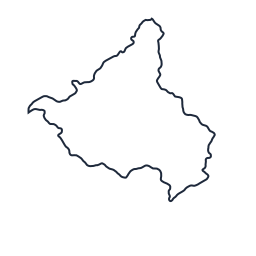 the district of Constanza, La Vega, Dominican Republic, rotated 330°
{"feature_id": "3306468B51834332245466", "entity_name": "Constanza", "entity_type": "district", "adm_level": 2, "iso_a3": "DOM", "parent_name": "Dominican Republic", "parent_adm1": "La Vega", "projection": "orthographic", "projection_center": [-70.661, 18.86], "detail": "fine", "context": "isolated", "style": "outline", "palette": "slate", "viewbox_px": 256, "rotation_deg": 330, "n_neighbors": 0, "source": "geoboundaries", "source_scale": "gbopen_adm2", "svg_char_len": 5794}
<svg xmlns="http://www.w3.org/2000/svg" viewBox="0 0 256 256"><g transform="rotate(330 128 128)"><path d="M133.0,211.5L134.3,211.4L135.2,211.2L137.1,210.5L138.1,210.3L139.5,210.2L143.6,210.2L145.0,210.1L146.0,209.9L147.6,209.2L148.3,209.1L149.3,208.9L151.1,208.9L152.9,209.0L153.9,209.3L154.7,209.8L156.2,211.0L156.8,211.3L158.2,211.6L160.1,211.8L162.8,211.7L168.8,211.7L170.1,211.7L170.8,211.6L171.3,211.4L172.8,210.6L173.4,210.1L173.6,209.8L173.7,209.3L173.7,208.7L173.6,208.1L173.4,207.6L172.8,206.3L172.2,204.2L171.5,202.8L171.4,202.3L171.4,202.0L171.6,201.5L172.1,201.3L172.6,201.2L174.0,201.1L174.6,201.0L175.1,200.7L175.6,200.4L176.2,199.8L176.9,198.4L178.6,196.1L179.4,194.5L179.7,194.1L180.2,193.8L180.8,193.6L181.3,193.6L181.9,193.7L183.1,194.4L183.9,194.6L184.8,194.5L185.3,194.3L185.8,193.7L186.2,192.8L186.4,192.3L186.3,191.5L185.9,190.6L185.7,190.0L185.7,189.1L185.9,188.2L186.1,187.6L186.9,186.3L187.2,185.9L187.5,185.7L188.4,184.3L189.0,183.6L189.4,183.2L192.3,181.7L193.4,181.3L193.9,180.9L196.0,179.3L197.6,178.6L199.3,177.6L199.7,177.3L199.8,177.0L200.0,176.2L199.9,175.3L199.7,174.8L198.6,172.9L197.8,172.0L197.6,171.5L197.4,170.2L197.4,167.2L197.3,166.5L197.1,165.9L196.6,165.0L194.5,162.8L193.9,161.9L193.6,161.0L193.2,158.7L193.5,156.8L193.5,154.5L193.4,153.3L193.2,152.6L192.7,151.8L192.1,151.1L189.4,148.5L188.4,147.7L186.7,146.9L185.4,145.8L184.6,144.8L184.4,144.2L184.2,142.9L184.2,142.0L184.5,140.7L185.2,139.2L185.7,137.1L186.0,136.5L186.6,135.3L187.1,134.2L188.0,132.7L189.1,130.3L189.3,129.5L189.2,128.9L188.7,128.0L187.8,127.0L186.5,125.9L185.1,124.8L184.7,124.4L184.5,124.2L184.4,123.6L184.2,121.1L183.9,120.2L183.6,119.8L182.2,119.2L181.8,118.9L180.7,117.1L180.5,116.5L180.1,114.7L179.7,113.8L178.6,112.6L177.0,111.4L176.6,111.0L176.4,110.1L176.3,109.1L176.3,103.9L176.3,102.9L176.5,101.9L176.8,101.4L176.9,101.2L178.8,100.1L180.7,99.3L182.1,98.5L182.5,98.1L182.8,97.6L182.9,97.0L183.0,94.0L183.2,93.4L183.7,92.7L184.1,92.3L184.7,92.0L186.4,91.7L187.3,91.3L188.3,90.5L189.1,89.5L190.4,86.8L190.6,86.2L191.0,83.4L191.1,82.8L191.9,81.0L192.2,78.5L192.4,77.6L192.9,76.7L194.3,75.0L195.7,72.3L197.0,69.4L197.4,68.1L197.6,67.6L198.0,67.2L198.5,67.0L200.5,66.8L201.4,66.5L204.1,65.4L205.7,64.4L206.1,64.0L206.2,63.5L206.2,63.0L205.5,61.3L205.4,60.1L205.5,59.2L206.3,57.4L206.4,56.8L206.4,55.8L206.1,54.9L204.3,51.3L204.1,50.7L203.9,49.7L203.7,46.6L203.6,46.0L203.2,45.2L202.2,45.6L201.6,45.6L201.1,45.4L198.7,44.3L197.3,43.2L195.0,43.2L193.8,43.4L191.9,44.2L190.2,44.6L189.6,44.8L188.7,45.5L187.9,46.5L187.5,46.8L185.6,47.4L182.7,48.8L181.5,49.9L180.1,51.7L179.9,51.8L179.4,52.0L178.9,51.9L177.8,51.4L177.3,51.2L176.7,51.2L176.2,51.4L175.7,51.7L175.3,52.4L175.2,53.0L175.4,53.8L176.0,55.0L176.1,55.5L176.0,56.1L175.8,56.6L175.4,57.1L174.6,57.5L173.3,57.6L168.5,57.5L166.5,57.7L165.9,57.9L165.4,58.2L163.4,59.7L162.8,60.0L162.2,60.0L161.4,59.9L161.0,59.7L160.7,59.2L160.4,58.2L160.0,57.9L159.5,57.8L158.8,58.0L155.5,59.6L154.7,59.8L153.8,59.7L152.3,59.0L150.9,58.8L142.4,58.6L140.3,58.8L139.7,59.0L139.1,59.3L136.8,61.0L134.2,62.3L133.2,62.5L130.5,62.6L129.5,62.7L128.9,62.9L126.5,64.1L125.5,64.9L124.6,65.8L124.1,66.6L123.6,67.7L123.1,68.3L122.4,68.8L121.4,69.1L119.7,69.2L118.0,69.0L117.1,68.7L115.8,68.0L113.2,66.7L112.2,66.5L109.6,66.4L108.7,66.1L108.5,65.9L108.2,65.4L107.8,62.9L107.5,62.1L107.1,61.6L106.6,61.3L105.6,60.7L104.4,59.9L103.9,59.7L103.3,59.7L102.9,60.0L102.5,60.7L102.0,62.1L102.0,62.6L102.5,63.8L102.7,64.8L102.9,67.2L102.9,68.2L102.8,69.1L102.6,69.7L102.2,70.2L100.6,71.1L99.8,71.5L98.4,71.6L94.8,71.6L93.4,71.6L92.4,71.9L90.9,72.6L89.9,72.8L88.5,72.8L87.5,72.7L85.3,71.7L82.2,71.3L81.6,71.0L81.1,70.7L80.1,69.8L79.5,69.0L77.6,65.0L77.2,64.4L74.8,61.6L73.8,60.1L73.2,59.6L71.7,58.7L71.2,58.5L70.6,58.3L68.8,58.2L60.7,58.1L59.3,58.2L58.3,58.4L56.7,59.1L54.3,59.7L52.2,60.9L51.6,61.5L50.4,63.4L49.6,64.9L51.6,64.7L54.4,64.6L55.8,64.7L56.7,65.0L57.3,65.3L57.9,65.7L60.4,68.0L60.9,68.4L62.0,68.9L62.8,69.4L63.7,70.3L64.1,71.1L64.2,71.4L64.1,71.9L63.4,73.2L63.1,73.6L62.0,74.3L61.6,74.7L61.2,75.1L61.0,75.7L60.8,76.7L60.7,77.7L60.8,79.1L60.9,80.1L61.8,82.3L62.1,84.3L62.4,85.2L62.5,85.4L62.9,85.8L65.4,87.3L65.8,87.7L66.7,89.1L67.0,89.9L67.2,90.6L67.4,92.2L67.7,93.1L68.0,93.5L68.9,94.1L69.5,94.7L69.9,95.2L70.0,95.8L69.9,96.4L69.7,96.9L68.7,98.3L68.3,98.6L67.4,98.9L64.9,99.0L64.4,99.1L63.9,99.4L63.7,99.9L63.7,100.1L63.8,100.6L64.4,102.1L64.6,103.4L64.7,105.6L64.7,110.6L64.8,112.4L65.0,113.4L65.7,114.9L66.0,116.3L66.0,117.3L65.8,118.3L64.9,120.2L64.8,120.8L64.7,121.7L64.9,122.6L65.4,123.3L65.9,123.7L67.7,124.6L69.6,125.8L69.9,126.2L70.9,127.9L72.3,130.8L72.5,131.8L72.8,134.2L73.6,136.4L74.0,139.5L74.3,140.1L74.8,140.9L75.5,141.6L76.3,142.2L79.2,143.6L81.6,144.2L82.9,144.9L83.5,145.0L84.5,145.2L86.8,145.3L87.4,145.4L88.0,145.7L88.3,146.1L89.3,147.8L89.5,148.3L89.9,150.4L91.2,153.1L91.7,154.0L93.7,156.0L94.3,156.7L94.7,157.3L95.9,160.0L96.4,162.1L97.2,163.9L97.6,165.7L97.9,166.6L98.4,167.4L99.1,168.2L100.0,169.0L100.7,169.6L101.5,169.9L102.0,169.8L104.0,168.9L105.5,168.0L108.1,166.8L109.0,166.6L110.3,166.5L111.9,166.5L112.9,166.7L114.7,167.6L116.8,168.1L118.4,168.8L119.3,169.1L120.6,169.2L123.7,169.2L124.7,169.4L125.3,169.7L125.8,170.0L127.0,171.2L127.5,172.0L128.3,173.6L129.4,175.5L132.4,177.4L132.8,177.7L133.9,179.4L134.2,180.2L134.4,181.5L134.3,182.5L134.1,183.7L132.7,186.3L131.1,188.3L130.8,188.8L130.6,189.4L130.6,190.0L130.8,190.8L131.9,192.9L134.1,195.8L135.3,198.1L135.4,198.7L135.4,199.3L135.2,200.1L134.1,201.7L133.7,202.0L132.3,202.5L131.7,203.0L130.9,204.5L130.6,205.0L130.5,205.6L130.3,207.4L130.0,208.2L129.7,208.6L128.6,209.3L128.1,209.9L127.8,210.5L127.7,211.3L127.8,211.9L128.1,212.4L128.6,212.7L129.1,212.8L129.7,212.7L130.3,212.6L131.8,211.8L133.0,211.5Z" fill="none" stroke="#1e293b" stroke-width="2"/></g></svg>